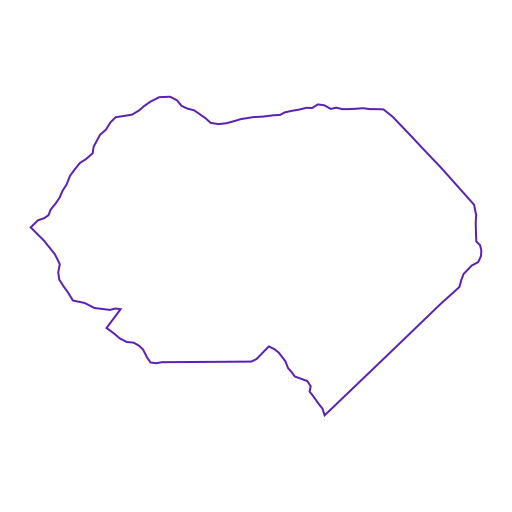 Carnaubal, Ceará, Brazil
{"feature_id": "56859067B53334562324316", "entity_name": "Carnaubal", "entity_type": "district", "adm_level": 2, "iso_a3": "BRA", "parent_name": "Brazil", "parent_adm1": "Ceará", "projection": "albers", "projection_center": [-41.024, -4.14], "detail": "fine", "context": "isolated", "style": "outline", "palette": "violet", "viewbox_px": 512, "rotation_deg": 0, "n_neighbors": 0, "source": "geoboundaries", "source_scale": "gbopen_adm2", "svg_char_len": 1575}
<svg xmlns="http://www.w3.org/2000/svg" viewBox="0 0 512 512"><path d="M106.5,328.0L113.5,333.1L119.6,338.3L126.5,341.9L133.7,342.7L139.2,345.8L143.1,349.6L146.7,356.9L150.5,362.5L156.4,363.2L161.9,362.2L251.3,361.6L256.6,359.0L263.2,352.2L268.8,346.4L274.3,349.1L278.7,352.6L285.3,361.1L288.1,368.2L291.6,372.1L294.8,376.5L307.2,381.0L310.7,386.3L309.6,391.6L313.3,396.3L318.3,403.4L322.5,408.7L324.6,415.3L330.4,409.8L387.5,355.1L440.3,304.2L459.4,287.0L461.3,280.0L463.6,273.9L468.0,269.5L471.6,265.6L478.2,262.1L481.0,256.1L481.3,250.3L480.1,245.3L476.3,241.4L476.0,234.3L475.7,222.6L476.2,215.0L475.1,210.1L474.1,204.8L443.0,169.9L438.9,165.4L430.6,156.8L425.1,151.0L413.2,138.3L392.8,116.9L383.5,109.4L375.9,109.1L369.8,109.1L363.1,108.2L355.1,108.8L348.1,109.1L342.3,109.1L336.3,107.7L330.7,108.9L324.3,105.3L317.9,104.4L312.2,108.0L306.6,107.8L299.0,109.6L290.9,111.0L284.7,112.4L280.1,114.9L273.2,115.3L263.0,116.6L253.3,117.1L240.9,119.1L233.5,121.3L226.2,123.3L218.4,124.1L210.7,122.9L205.6,118.3L194.1,110.3L187.4,108.6L181.5,105.9L177.1,100.4L170.0,96.7L159.1,97.2L150.5,101.6L143.4,106.6L139.3,110.3L132.1,114.6L125.1,115.8L115.7,117.2L110.4,122.4L106.0,129.6L100.1,134.7L96.4,141.6L93.6,146.8L92.7,153.2L86.1,159.0L80.0,162.9L74.8,169.3L70.1,175.7L66.5,184.6L62.5,190.9L59.6,197.6L55.4,203.8L50.7,209.5L48.5,215.2L44.1,218.2L37.9,220.3L30.7,227.4L44.0,240.7L54.9,254.3L59.8,264.2L58.2,272.5L59.3,279.7L63.4,286.1L67.6,291.9L72.9,300.5L84.7,303.0L94.4,308.0L109.9,309.9L115.5,308.5L120.6,309.2L106.5,328.0Z" fill="none" stroke="#5b21b6" stroke-width="2"/></svg>